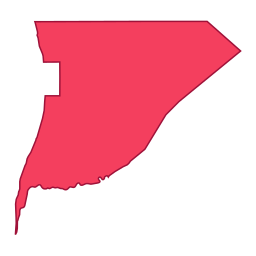 the border of Trarza
{"feature_id": "MRT-2788", "entity_name": "Trarza", "entity_type": "Region", "adm_level": 1, "iso_a3": "MRT", "parent_name": "Mauritania", "parent_adm1": "", "projection": "robinson", "projection_center": [-15.679, 17.405], "detail": "fine", "context": "isolated", "style": "filled", "palette": "rose", "viewbox_px": 256, "rotation_deg": 0, "n_neighbors": 0, "source": "natural_earth", "source_scale": "10m", "svg_char_len": 1905}
<svg xmlns="http://www.w3.org/2000/svg" viewBox="0 0 256 256"><path d="M108.3,177.1L108.2,176.9L107.5,176.0L106.8,175.7L105.5,176.3L104.9,176.7L104.5,177.3L104.4,178.3L104.2,178.7L103.9,179.1L103.6,179.4L103.2,179.6L102.7,179.6L102.3,179.5L101.7,178.8L101.2,178.1L100.7,177.4L99.9,177.1L99.0,177.4L98.5,178.1L98.4,178.9L98.8,179.8L99.7,180.8L99.9,181.3L99.9,181.8L99.6,182.1L99.3,182.4L98.0,182.9L91.8,184.0L90.8,184.1L88.1,183.6L86.2,183.6L85.3,183.9L82.8,185.0L82.0,185.2L81.2,185.2L80.4,184.9L80.0,184.3L79.7,183.6L79.2,183.1L78.3,183.0L77.4,183.4L76.7,184.1L75.3,186.4L74.7,187.0L74.0,187.3L73.2,187.4L70.7,186.9L69.8,187.0L69.1,187.5L67.8,188.8L67.0,189.4L66.1,189.7L65.2,189.7L64.3,189.5L63.0,188.8L62.5,188.6L60.6,188.5L57.9,187.5L57.0,187.5L55.6,187.8L55.1,187.8L53.0,187.2L52.2,187.3L49.9,188.5L49.5,188.6L49.1,188.5L48.4,188.2L47.9,188.1L47.4,188.1L47.0,188.4L46.6,188.7L45.2,188.9L43.9,188.8L42.7,188.1L41.7,187.0L41.0,185.8L40.6,185.3L40.1,184.9L39.3,184.8L38.6,184.9L38.0,185.3L36.2,186.6L35.6,186.9L35.0,187.1L34.3,187.0L32.4,186.6L31.1,186.9L29.8,187.7L28.8,188.9L27.9,190.1L27.5,191.4L27.2,194.1L24.8,205.4L24.5,206.2L24.2,206.8L23.3,207.5L21.1,208.1L20.3,208.9L19.8,210.2L19.6,214.8L18.6,217.4L17.8,220.4L17.4,221.2L17.3,228.4L16.7,232.1L15.4,234.6L16.2,223.4L16.1,217.5L15.6,204.0L16.2,199.6L16.6,198.4L18.2,195.0L18.7,191.7L19.2,190.7L19.8,188.9L19.8,181.7L20.3,178.8L25.0,165.7L26.2,163.4L27.1,158.9L28.1,156.7L30.9,152.3L35.8,140.4L36.2,138.7L37.0,137.5L42.5,118.6L44.2,110.5L44.7,101.6L45.2,95.8L59.8,95.8L59.9,77.2L59.8,62.0L44.2,62.1L43.6,62.1L43.1,55.9L42.4,53.5L39.4,46.2L38.1,37.9L37.1,35.2L37.6,33.6L37.5,31.8L35.2,22.6L34.9,21.7L148.0,21.4L150.4,21.4L207.1,21.4L240.6,51.0L195.2,88.2L178.9,101.6L165.9,114.7L144.9,149.2L130.8,160.8L130.4,161.1L129.2,162.9L127.4,164.7L122.9,166.8L114.9,171.6L109.2,175.7L108.3,177.1Z" fill="#f43f5e" stroke="#9f1239" stroke-width="1.5"/></svg>